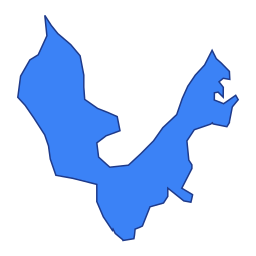 Pyrogi, Nicosia, Cyprus
{"feature_id": "46923920B75368188924059", "entity_name": "Pyrogi", "entity_type": "district", "adm_level": 2, "iso_a3": "CYP", "parent_name": "Cyprus", "parent_adm1": "Nicosia", "projection": "equal_earth", "projection_center": [33.488, 35.08], "detail": "fine", "context": "isolated", "style": "filled", "palette": "blue", "viewbox_px": 256, "rotation_deg": 0, "n_neighbors": 0, "source": "geoboundaries", "source_scale": "gbopen_adm2", "svg_char_len": 1143}
<svg xmlns="http://www.w3.org/2000/svg" viewBox="0 0 256 256"><path d="M44.8,15.4L46.9,35.8L38.2,54.8L29.9,59.9L20.6,76.1L17.8,97.3L25.2,105.4L33.6,117.6L44.7,134.8L48.5,145.9L50.3,159.1L55.9,175.3L72.6,178.3L96.8,184.4L96.8,201.6L103.3,216.8L112.4,230.4L113.0,229.1L115.3,233.5L123.3,240.2L122.3,240.6L133.9,238.7L134.5,235.1L135.1,229.1L139.5,227.4L142.4,226.0L150.0,206.8L163.5,203.0L167.8,196.4L167.8,188.1L183.8,200.9L190.9,202.2L191.6,199.4L192.6,194.8L192.6,194.7L181.8,188.2L191.9,168.5L191.9,164.9L188.8,160.1L186.9,140.9L194.3,129.7L210.7,124.1L212.4,122.8L213.0,123.9L226.9,126.7L229.4,122.6L229.3,122.3L232.3,106.9L238.2,99.7L235.7,95.3L223.6,103.7L214.3,100.0L214.4,92.8L218.1,92.1L223.2,97.2L223.3,87.3L219.0,81.8L223.2,78.3L229.8,79.4L229.4,71.4L221.3,63.1L216.3,58.7L212.1,50.3L204.6,65.0L195.3,75.1L187.8,86.2L182.3,98.4L176.7,114.6L162.8,127.7L153.5,140.9L140.5,154.0L128.4,165.2L109.8,167.2L106.1,163.9L98.6,157.1L96.8,142.9L106.1,135.8L120.0,130.7L117.2,116.6L107.9,112.5L97.7,108.5L84.7,99.4L83.8,87.2L83.8,75.1L80.1,55.8L70.8,44.7L57.8,33.6L51.3,25.5L44.8,15.4Z" fill="#3b82f6" stroke="#1e3a8a" stroke-width="1.5"/></svg>